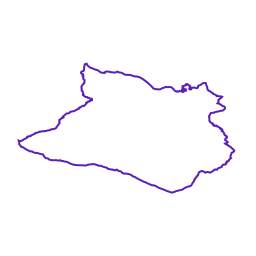 the district of Puente Nacional, Santander, Colombia, rotated 95°
{"feature_id": "7082276B3826053378979", "entity_name": "Puente Nacional", "entity_type": "district", "adm_level": 2, "iso_a3": "COL", "parent_name": "Colombia", "parent_adm1": "Santander", "projection": "equal_earth", "projection_center": [-73.687, 5.82], "detail": "fine", "context": "isolated", "style": "outline", "palette": "violet", "viewbox_px": 256, "rotation_deg": 95, "n_neighbors": 0, "source": "geoboundaries", "source_scale": "gbopen_adm2", "svg_char_len": 5683}
<svg xmlns="http://www.w3.org/2000/svg" viewBox="0 0 256 256"><g transform="rotate(95 128 128)"><path d="M161.9,37.0L161.7,35.6L160.8,35.2L160.2,34.5L158.8,31.6L158.4,31.1L157.6,31.1L156.2,30.0L156.1,29.5L156.1,28.7L155.8,27.8L155.3,27.2L154.6,26.9L154.1,27.4L153.2,26.7L152.9,26.1L152.4,26.1L152.4,25.4L152.0,24.8L150.5,24.3L149.1,22.8L148.8,23.2L148.2,23.4L146.6,23.4L144.8,22.8L143.8,22.7L142.6,20.8L141.7,20.2L141.1,20.2L137.8,24.4L137.4,25.5L136.3,27.1L135.5,29.3L135.0,29.9L134.7,29.0L133.5,27.4L132.5,28.5L131.5,30.2L130.8,30.2L130.1,29.9L129.8,29.7L129.4,28.9L128.5,28.6L127.8,28.7L127.3,29.9L126.7,30.9L126.3,31.0L125.9,31.6L125.2,31.6L123.6,32.8L123.3,33.2L122.9,34.2L122.2,33.8L121.8,34.4L121.4,34.1L121.0,34.4L121.1,34.6L120.9,35.8L120.5,36.2L120.0,36.0L119.3,37.5L118.6,38.7L118.7,39.5L118.1,40.0L118.3,40.2L118.1,41.0L118.3,41.5L118.0,41.6L117.9,42.5L118.1,42.9L118.0,43.1L117.8,43.2L117.3,42.9L117.1,43.0L117.2,43.6L117.1,43.9L116.4,44.5L115.9,44.4L115.3,46.3L114.4,46.8L114.3,47.2L113.6,47.6L110.6,47.8L110.2,48.2L109.7,48.3L108.9,48.2L107.4,47.4L106.8,47.4L105.9,46.7L105.5,45.2L105.3,43.6L104.7,43.0L104.1,41.0L103.7,40.3L103.6,39.0L102.9,37.7L102.7,36.4L102.3,35.0L100.3,33.1L99.4,33.1L99.0,33.2L98.3,33.9L97.8,35.8L96.8,37.3L96.2,38.5L95.7,40.0L95.6,41.0L94.6,40.5L93.8,39.9L93.1,40.3L92.1,40.4L90.2,38.1L88.7,36.9L88.4,37.6L88.5,40.1L88.2,41.4L88.5,42.5L87.7,42.8L87.0,44.6L86.8,45.8L86.4,46.3L85.8,46.6L85.0,48.6L83.9,50.0L83.8,51.1L82.3,52.3L80.5,52.6L77.9,54.0L76.4,54.6L76.6,56.6L76.9,57.3L78.8,59.6L79.8,61.6L80.2,61.9L80.8,61.8L81.7,62.0L82.1,62.4L82.3,62.9L82.3,63.5L81.9,65.6L82.2,66.7L82.2,67.8L82.5,68.1L83.7,68.3L83.9,68.4L84.2,69.2L84.2,69.7L84.0,70.2L83.4,70.5L83.0,70.4L82.1,69.6L81.2,69.7L80.5,70.0L80.3,71.1L79.3,72.1L79.1,72.5L79.3,74.0L79.5,74.3L79.8,74.4L80.3,74.0L81.2,76.0L81.5,77.2L82.8,77.3L83.1,77.1L83.4,76.1L83.8,75.9L84.1,76.0L84.9,77.6L85.1,77.5L85.2,77.0L84.3,74.2L84.5,73.7L85.4,73.3L85.6,73.5L86.9,75.9L87.3,76.2L87.2,76.9L86.9,76.9L86.8,77.3L86.7,78.1L86.9,79.2L86.6,80.0L87.2,80.7L87.5,81.4L87.5,82.0L87.1,82.2L87.1,82.4L87.3,82.7L87.3,83.6L86.7,84.8L85.3,86.1L84.0,87.8L83.7,88.4L83.5,89.6L83.5,90.4L83.9,92.0L83.7,93.9L84.6,95.3L85.0,97.0L85.6,97.5L86.8,99.7L86.9,103.8L86.5,105.8L86.3,106.3L85.2,107.3L81.2,112.3L78.9,116.0L78.1,117.1L76.4,120.8L76.0,123.4L75.9,124.4L76.0,125.8L75.8,127.3L75.3,128.6L75.0,130.9L75.2,135.4L74.9,136.2L73.7,138.7L73.4,139.8L73.5,141.2L73.4,141.9L72.8,143.0L72.8,143.4L73.8,145.5L74.0,146.8L73.8,150.8L73.5,152.0L73.6,153.4L73.5,154.3L73.6,154.8L74.2,155.3L74.5,156.1L75.2,156.1L75.2,159.3L74.6,160.7L73.0,163.4L72.6,165.9L71.3,169.9L71.3,170.5L70.8,171.5L70.1,172.6L68.7,174.2L67.5,174.8L68.4,176.7L69.3,176.6L71.0,177.0L74.0,176.9L74.8,177.1L75.2,177.4L75.5,178.6L76.0,179.4L77.1,179.7L77.7,179.3L78.4,177.5L78.6,177.4L79.1,177.4L79.7,177.9L80.0,177.8L80.1,177.0L80.3,176.9L81.4,177.2L82.0,176.9L83.1,176.7L84.1,175.4L85.8,175.6L86.7,175.3L87.4,175.6L87.9,176.3L88.5,176.8L90.6,177.9L91.5,178.0L92.0,177.7L92.6,177.7L93.4,177.3L93.8,177.6L94.3,177.6L95.0,177.3L95.6,176.3L95.9,176.1L96.9,176.1L98.2,175.3L98.5,175.3L98.8,175.9L99.0,175.9L100.8,173.0L100.7,171.6L101.4,170.6L101.3,169.7L101.6,168.9L102.3,168.1L102.3,167.4L102.0,166.6L102.4,166.3L103.5,166.3L103.5,167.0L103.3,167.6L103.4,167.8L104.8,168.3L104.8,168.6L104.6,169.0L105.1,170.1L105.8,170.3L106.2,171.7L107.1,171.5L107.2,171.8L109.9,173.6L109.8,175.2L111.5,177.0L111.7,177.9L112.4,178.1L112.6,178.7L113.0,178.6L113.3,178.9L114.2,180.7L115.2,182.1L116.1,183.8L116.4,185.4L117.1,187.0L117.4,187.4L118.1,187.7L118.5,188.3L118.9,190.4L119.1,190.8L120.0,191.4L121.6,193.2L122.7,194.1L123.2,193.4L124.8,195.8L125.5,196.2L125.9,197.1L128.0,197.0L128.7,196.5L133.1,199.0L134.4,199.8L134.8,200.4L135.6,202.2L135.9,203.8L136.2,204.8L137.0,205.6L137.5,207.9L138.2,209.7L138.3,210.8L138.8,212.2L138.7,213.5L139.4,215.0L139.3,215.7L139.7,216.2L140.7,218.4L140.9,219.6L141.2,220.0L141.6,220.0L142.0,220.4L143.4,223.2L143.8,223.7L144.7,224.4L144.7,225.6L145.0,226.2L145.4,227.4L145.8,227.1L146.9,228.3L148.7,231.3L149.6,232.2L150.3,233.7L150.4,234.2L150.3,235.3L150.1,235.8L152.5,235.0L153.8,234.9L155.4,233.1L155.9,233.0L156.4,230.8L158.2,227.7L159.2,224.9L159.8,224.0L159.7,221.5L160.4,220.5L160.6,219.4L160.9,218.4L160.8,216.0L161.4,213.7L161.6,212.1L161.7,211.1L161.6,210.7L161.8,210.1L163.7,209.2L165.2,207.2L165.3,205.4L165.5,204.8L166.3,203.7L166.4,203.0L166.6,202.2L166.7,200.6L166.3,196.7L166.5,194.0L166.1,193.0L166.0,192.4L166.2,192.0L166.6,191.6L166.6,189.6L166.9,188.5L167.1,185.5L168.2,183.2L169.2,179.6L169.5,176.6L169.0,166.8L168.9,166.2L168.1,164.8L167.1,160.2L166.9,158.4L167.4,157.0L167.5,155.4L167.8,155.2L168.0,154.7L168.1,151.8L168.7,149.5L169.5,145.5L170.0,145.1L170.5,144.2L170.7,141.7L170.9,141.1L170.7,140.1L170.9,139.4L171.0,138.5L171.3,137.9L171.2,136.9L171.0,136.7L171.0,136.2L170.5,135.9L170.5,135.6L170.8,134.6L171.2,134.4L171.7,133.5L171.9,131.0L172.9,130.3L173.3,129.5L173.5,129.4L173.7,128.4L173.6,125.5L173.8,123.4L174.5,120.6L175.7,119.0L176.1,117.2L177.6,114.1L180.1,107.7L181.0,104.6L181.7,103.0L181.7,102.4L182.0,102.0L182.9,99.1L182.9,97.5L183.2,95.7L184.9,92.1L185.6,89.5L186.0,87.7L187.4,83.6L188.5,78.7L188.4,77.9L187.7,76.7L187.4,75.6L186.7,74.7L184.7,68.6L182.5,65.8L180.9,62.6L180.8,62.3L180.8,61.5L180.2,60.5L179.1,59.7L177.6,59.1L175.8,58.0L174.7,57.5L173.6,57.4L173.4,56.9L172.7,56.8L172.0,56.4L171.2,55.6L170.3,55.5L169.5,54.5L168.7,54.4L168.4,53.9L167.1,53.8L166.0,53.5L165.2,52.4L165.0,51.7L164.4,50.9L164.6,49.3L165.2,48.0L165.8,47.3L165.8,47.1L165.2,46.3L164.8,44.7L165.3,42.6L165.2,42.0L163.6,39.8L161.8,38.0L161.7,37.7L161.9,37.0Z" fill="none" stroke="#5b21b6" stroke-width="2"/></g></svg>